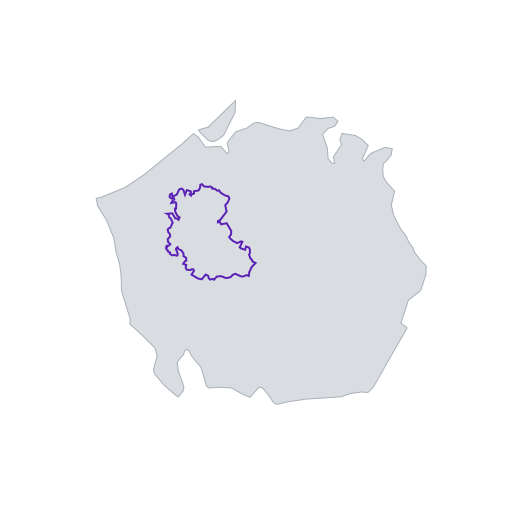 Bo, Southern, Sierra Leone (highlighted), rotated 120°
{"feature_id": "65957751B93581480515289", "entity_name": "Bo", "entity_type": "district", "adm_level": 2, "iso_a3": "SLE", "parent_name": "Sierra Leone", "parent_adm1": "Southern", "projection": "mercator", "projection_center": [-11.769, 7.985], "detail": "medium", "context": "in_parent", "style": "outline", "palette": "violet", "viewbox_px": 512, "rotation_deg": 120, "n_neighbors": 0, "source": "geoboundaries", "source_scale": "gbopen_adm2", "svg_char_len": 3528}
<svg xmlns="http://www.w3.org/2000/svg" viewBox="0 0 512 512"><g transform="rotate(120 256 256)"><path d="M417.0,252.7L416.7,256.1L413.7,271.6L408.8,284.8L405.6,288.1L392.0,291.6L386.2,297.5L381.2,316.3L378.0,331.2L373.3,333.6L353.4,355.0L340.3,363.1L331.2,370.1L322.5,379.2L311.7,388.0L300.0,402.9L291.7,418.3L286.0,423.2L281.7,418.8L261.8,403.5L240.9,393.3L196.2,376.2L181.3,371.4L181.9,365.4L187.0,354.3L178.7,341.3L181.9,331.8L178.7,331.8L172.3,337.5L158.7,335.8L149.6,327.7L142.3,324.7L139.0,320.6L134.3,299.2L130.9,289.5L124.1,283.4L110.4,282.0L104.7,268.8L97.1,258.7L98.3,252.4L104.5,252.8L109.4,257.3L117.2,259.2L126.9,248.2L135.6,242.3L137.6,237.0L136.6,234.2L131.3,238.6L116.9,237.5L113.3,241.5L106.8,242.8L101.9,229.9L102.1,222.3L104.2,214.0L118.7,212.5L119.9,209.8L109.8,208.0L97.2,198.3L95.0,191.6L101.2,189.4L107.2,190.4L112.4,191.8L118.0,189.4L123.3,185.7L126.4,181.0L130.7,168.4L144.4,164.2L152.4,156.5L160.1,144.5L163.6,136.0L166.7,131.8L168.7,128.2L170.2,124.2L173.6,120.5L177.2,111.6L179.6,103.4L187.5,99.5L203.6,96.1L218.1,102.0L241.6,96.9L242.8,89.2L264.3,89.1L289.8,89.0L311.0,88.8L318.3,90.9L321.0,96.6L327.9,105.5L335.2,111.7L344.3,125.2L354.8,141.0L366.1,155.2L373.4,162.9L374.3,165.6L373.7,168.7L370.1,175.9L367.1,183.7L367.4,186.6L369.5,188.1L381.4,190.5L382.5,199.3L382.5,211.3L388.3,222.5L393.8,230.8L393.5,233.7L380.1,247.8L374.8,261.8L372.2,265.8L371.1,268.9L373.8,270.4L377.5,269.5L382.7,270.6L387.6,271.0L394.2,266.0L405.1,253.2L408.8,251.6L417.0,252.7ZM177.0,366.0L175.5,368.8L168.3,361.9L131.5,351.5L141.9,346.0L167.5,344.3L175.1,347.6L178.5,350.3L179.7,355.4L177.0,366.0Z" fill="#d9dde1" stroke="#a8b0b8" stroke-width="1"/><path d="M285.6,340.9L287.8,339.1L288.6,336.1L290.8,336.8L291.6,338.3L292.4,337.7L293.2,338.3L293.4,337.5L294.8,337.4L295.2,335.2L296.1,334.7L295.9,332.2L297.1,331.8L297.4,329.0L296.0,327.4L295.4,325.0L294.8,324.3L293.3,324.8L290.1,328.8L288.7,328.8L287.6,328.3L288.8,326.8L288.5,323.3L290.0,320.1L292.4,318.7L292.5,315.6L294.9,314.1L296.2,315.0L299.2,315.1L298.6,312.0L300.9,311.3L302.5,309.4L301.1,305.9L299.3,304.8L298.9,303.4L299.9,302.3L304.4,302.5L304.5,295.0L303.3,291.3L297.2,290.3L297.1,287.5L298.9,285.8L299.4,284.2L297.4,281.8L297.5,280.5L293.5,279.7L290.9,276.2L290.2,271.2L289.2,269.7L286.8,267.3L284.1,266.8L281.8,265.1L281.1,258.6L280.2,256.9L277.2,254.6L276.9,252.3L273.5,253.7L267.4,254.2L262.3,252.9L262.5,256.3L261.3,257.7L261.0,259.5L258.3,262.7L256.7,262.7L253.3,264.6L252.2,266.5L252.8,269.4L256.0,268.5L256.9,272.6L256.7,274.4L250.5,274.9L250.7,276.1L254.3,278.8L254.5,283.4L253.8,286.9L253.0,288.7L249.8,288.4L246.7,289.9L242.3,297.8L246.0,302.0L244.7,304.2L245.9,305.8L244.7,306.4L242.7,305.0L232.3,303.7L227.4,308.0L223.6,307.3L219.8,307.7L218.7,308.8L218.2,309.9L219.1,313.4L218.8,318.5L217.6,320.8L218.8,322.1L218.4,325.1L219.5,327.7L218.6,328.2L218.7,330.5L220.1,332.0L221.7,335.9L220.8,338.9L222.2,339.8L224.8,338.6L227.9,338.5L231.0,342.1L232.9,340.9L235.2,342.8L236.1,342.5L235.9,344.3L233.3,344.2L232.6,345.1L233.6,348.9L238.5,348.1L235.0,352.1L234.8,354.2L236.9,355.8L242.2,355.3L243.6,356.0L246.2,358.1L244.0,360.1L245.6,361.2L248.0,360.5L248.6,358.4L247.0,356.0L248.0,355.0L249.8,355.9L252.4,355.8L249.6,352.6L250.5,351.2L254.9,349.0L255.5,349.9L258.0,348.1L260.5,344.3L260.8,341.5L263.4,341.2L263.0,343.3L263.8,344.7L260.9,349.8L263.8,354.0L263.7,352.6L266.1,350.2L266.1,348.6L268.8,344.8L274.5,344.4L275.8,345.5L277.4,345.6L279.1,344.0L280.1,341.6L281.9,340.1L285.6,340.9Z" fill="none" stroke="#5b21b6" stroke-width="2"/></g></svg>